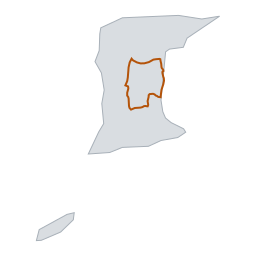 location of Couva-Tabaquite-Talparo within Trinidad and Tobago, rotated 180°
{"feature_id": "TTO-58", "entity_name": "Couva-Tabaquite-Talparo", "entity_type": "Region", "adm_level": 1, "iso_a3": "TTO", "parent_name": "Trinidad and Tobago", "parent_adm1": "", "projection": "equal_earth", "projection_center": [-61.362, 10.449], "detail": "fine", "context": "in_parent", "style": "outline", "palette": "amber", "viewbox_px": 256, "rotation_deg": 180, "n_neighbors": 0, "source": "natural_earth", "source_scale": "10m", "svg_char_len": 1417}
<svg xmlns="http://www.w3.org/2000/svg" viewBox="0 0 256 256"><g transform="rotate(180 128 128)"><path d="M155.2,228.2L133.6,238.2L77.5,240.6L54.2,237.0L36.4,239.8L68.9,217.9L72.7,208.7L86.5,206.9L90.4,204.2L95.0,155.8L93.2,144.3L90.5,138.0L84.9,133.4L72.4,127.2L70.3,123.8L78.2,118.5L95.0,115.5L107.6,109.7L133.7,108.6L146.3,103.5L167.7,102.0L157.2,124.2L152.3,132.4L154.2,152.4L151.8,166.0L154.6,183.1L161.0,194.4L156.8,205.4L156.2,222.2L155.2,228.2ZM189.0,41.6L181.8,43.3L182.7,36.2L195.3,24.0L214.7,15.7L219.6,15.4L216.8,26.4L189.0,41.6Z" fill="#d9dde1" stroke="#a8b0b8" stroke-width="1"/><path d="M95.7,196.8L95.5,195.2L94.8,192.3L94.5,188.9L94.2,187.9L93.1,186.6L92.7,185.9L92.6,184.9L93.0,184.6L93.4,184.5L93.6,184.0L93.5,182.6L92.7,179.1L92.2,177.9L92.0,175.3L92.7,171.8L94.5,166.2L95.4,159.4L95.4,158.8L97.2,159.0L98.1,159.3L99.1,160.1L100.3,160.5L101.4,161.6L103.0,162.2L106.4,161.9L107.3,160.8L107.4,159.0L108.4,154.9L107.8,151.1L108.3,149.7L109.0,149.7L110.3,150.0L111.9,149.9L113.6,148.9L115.5,148.4L121.2,148.0L125.0,146.4L126.5,148.1L127.0,150.0L127.4,157.5L127.8,159.0L128.8,160.4L128.8,163.3L127.7,167.3L127.8,168.8L128.0,169.6L130.6,170.6L128.8,174.9L128.2,178.5L127.4,188.7L126.3,193.6L124.4,197.3L123.2,195.8L121.6,194.9L120.5,194.4L119.4,193.7L117.7,193.2L115.4,192.6L111.6,192.7L107.1,193.9L102.6,196.4L99.9,196.8L96.4,197.1L95.7,196.8Z" fill="none" stroke="#b45309" stroke-width="2"/></g></svg>